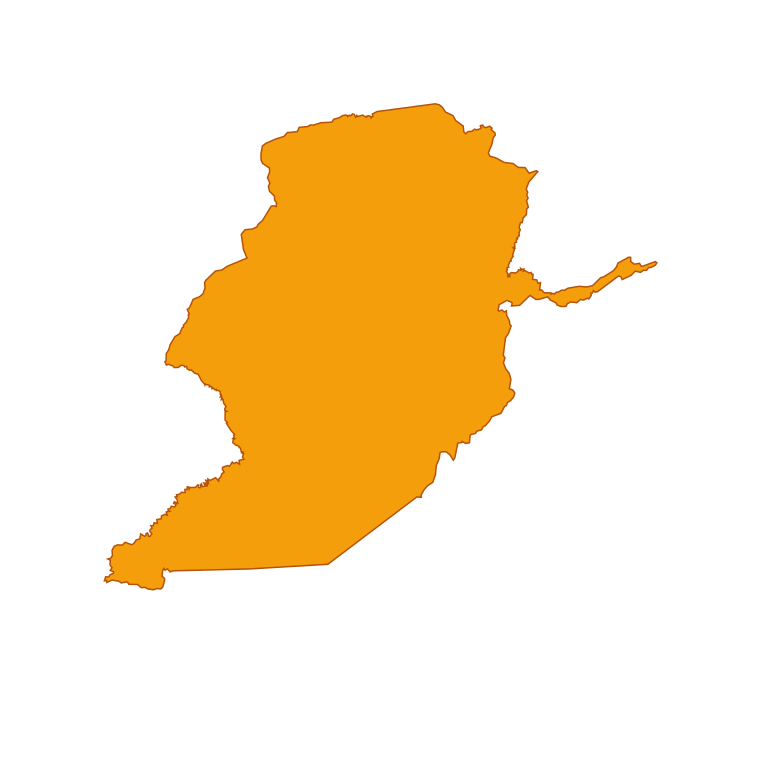 Chama, Muchinga, Zambia, rotated 20°
{"feature_id": "96606910B17560798529879", "entity_name": "Chama", "entity_type": "district", "adm_level": 2, "iso_a3": "ZMB", "parent_name": "Zambia", "parent_adm1": "Muchinga", "projection": "orthographic", "projection_center": [32.797, -11.274], "detail": "fine", "context": "isolated", "style": "filled", "palette": "amber", "viewbox_px": 768, "rotation_deg": 20, "n_neighbors": 0, "source": "geoboundaries", "source_scale": "gbopen_adm2", "svg_char_len": 6158}
<svg xmlns="http://www.w3.org/2000/svg" viewBox="0 0 768 768"><g transform="rotate(20 384 384)"><path d="M391.8,108.4L389.1,108.1L388.4,106.9L386.8,107.7L386.2,108.7L387.6,110.0L386.9,111.6L383.8,113.6L381.8,113.6L380.3,116.4L376.7,118.0L375.1,120.9L372.7,119.7L370.2,114.5L361.4,112.0L356.9,108.2L348.7,107.4L344.5,104.2L340.5,102.7L336.3,103.2L284.2,130.4L280.7,134.4L282.1,136.5L280.9,137.3L281.1,138.9L280.0,137.2L278.4,137.0L276.4,137.9L276.3,139.4L272.0,138.6L267.7,141.7L266.6,140.9L266.1,143.0L263.9,140.9L262.0,141.0L261.0,143.4L259.4,143.3L258.3,145.1L257.7,144.2L255.9,144.4L253.2,146.0L250.8,149.2L246.3,152.3L245.4,155.8L235.5,160.0L228.9,165.0L226.1,165.8L224.4,168.1L216.5,171.9L216.3,176.4L207.1,180.9L205.4,185.5L198.0,191.2L190.5,198.5L188.3,202.1L189.7,209.8L191.9,215.6L194.5,218.2L202.6,220.3L204.1,224.4L203.9,229.9L208.0,234.2L207.8,237.9L210.6,242.1L216.8,244.9L218.3,248.6L221.1,250.5L222.0,254.1L220.4,254.1L218.2,254.8L217.2,255.5L213.9,272.0L211.2,276.8L210.9,279.7L207.4,283.4L200.7,286.5L198.7,292.2L206.0,305.8L212.2,312.5L196.4,327.0L192.6,332.3L187.0,335.5L181.1,347.4L180.7,349.8L183.0,355.1L183.0,361.3L180.8,365.1L175.7,369.7L175.1,379.0L173.6,381.2L177.0,384.8L176.4,385.8L177.7,388.4L177.0,393.7L175.4,397.1L176.1,399.3L175.1,400.2L174.8,406.7L171.4,410.9L169.6,420.2L170.0,425.5L169.0,430.0L171.3,436.6L170.5,438.0L173.0,440.6L174.9,439.2L179.5,439.2L181.3,440.3L185.2,438.7L186.9,435.7L190.2,435.2L190.9,436.1L192.5,435.1L193.7,437.0L196.7,437.6L197.9,436.6L202.3,438.6L206.1,438.4L211.0,443.0L215.4,445.5L216.1,445.1L216.4,446.3L217.0,445.3L220.6,444.9L220.7,446.4L222.8,445.5L224.1,447.3L224.7,446.2L226.9,447.2L228.2,446.4L228.6,447.5L230.8,446.7L232.7,447.3L233.8,449.8L234.7,449.8L234.6,452.1L235.7,451.4L235.9,452.6L236.9,452.7L236.5,454.4L238.1,453.7L240.0,457.0L243.2,459.1L242.8,461.5L243.4,463.1L245.4,463.5L244.1,464.1L247.0,472.3L250.0,473.7L249.3,474.8L255.8,479.8L260.8,482.5L260.2,483.5L261.4,485.2L260.6,486.9L262.5,486.5L261.4,488.2L262.0,490.8L266.0,492.2L268.7,491.9L269.7,493.3L271.1,493.3L273.0,496.5L274.8,496.3L274.1,497.4L275.7,497.4L276.0,501.0L278.1,502.7L273.9,505.3L275.7,508.8L272.1,508.0L270.0,510.2L268.1,509.2L267.0,514.2L264.8,514.2L260.8,517.5L261.2,519.4L263.9,521.4L262.2,524.0L262.5,526.9L261.3,529.4L261.8,531.8L257.8,529.6L253.6,534.1L251.0,533.5L253.1,537.5L252.0,537.4L251.0,535.3L249.5,535.4L251.7,538.0L248.4,538.7L250.0,540.1L252.6,539.3L252.7,540.2L248.5,542.5L246.5,540.3L245.9,541.6L247.1,543.2L246.6,544.6L245.1,544.5L244.3,542.5L243.4,542.6L242.3,545.6L237.1,547.6L236.9,549.5L235.7,547.6L234.3,547.9L234.9,550.6L233.0,551.1L234.1,554.1L230.7,555.0L229.6,557.5L226.9,559.1L228.3,560.6L226.4,561.6L229.2,563.5L231.0,566.7L227.2,566.4L227.2,568.2L229.7,568.3L229.8,569.8L229.3,571.1L225.9,571.6L225.6,574.4L223.8,575.4L224.3,576.5L226.1,576.8L223.1,578.8L225.2,581.5L222.6,581.4L220.0,584.1L220.8,586.8L216.9,589.1L218.7,592.5L215.4,593.0L215.7,596.0L213.4,596.8L215.4,598.9L214.0,600.9L214.2,602.3L217.1,604.2L216.2,607.1L215.1,607.7L212.8,604.9L211.6,605.8L212.2,607.7L211.3,608.9L206.7,608.1L207.4,613.0L204.3,615.6L203.6,619.1L202.0,621.3L194.8,621.3L193.2,624.9L188.6,626.3L186.0,628.7L185.3,633.1L187.5,638.3L186.6,641.3L184.4,642.9L187.1,643.2L188.4,647.8L191.2,649.6L190.5,652.8L194.0,652.9L194.5,654.4L191.9,656.9L191.2,659.5L188.4,660.4L188.6,664.6L190.5,663.5L191.4,665.3L195.4,661.3L202.3,660.0L205.2,660.8L209.5,658.1L211.0,658.0L212.7,659.5L221.0,656.7L225.6,658.4L229.2,656.8L231.8,657.4L237.8,656.2L240.6,653.9L244.3,653.0L245.5,650.8L245.0,643.6L244.2,641.6L241.2,640.6L239.8,634.9L240.3,632.6L241.8,633.9L243.6,631.9L247.3,633.7L249.9,631.6L320.1,604.1L392.9,572.6L453.5,478.9L458.4,477.6L457.3,477.4L456.9,475.5L457.8,469.7L459.8,464.6L463.5,459.7L463.3,451.2L461.0,442.8L461.4,435.4L460.2,429.5L461.2,428.0L465.7,426.4L470.5,428.2L475.2,431.9L475.8,429.4L473.6,414.3L477.2,412.3L477.0,411.3L481.1,411.9L484.4,410.0L482.5,403.0L483.1,401.5L486.7,399.3L487.5,396.4L491.3,393.8L491.9,389.8L493.5,388.6L495.7,382.9L496.5,377.9L503.9,371.5L505.0,363.7L506.4,362.4L506.3,359.1L508.7,356.4L510.2,351.8L510.0,347.7L507.1,345.6L503.4,345.6L501.7,336.2L497.9,331.1L493.4,328.2L489.0,323.3L488.8,318.2L486.3,316.2L482.4,299.2L483.7,293.7L483.6,285.8L481.9,285.1L480.3,281.8L475.9,277.6L473.9,273.4L472.4,275.2L469.5,274.1L467.1,276.2L466.1,276.0L465.0,270.2L470.9,263.4L475.9,263.6L477.0,264.6L477.1,267.1L484.5,263.7L490.9,250.8L497.5,252.6L500.5,251.6L508.0,246.1L511.5,248.2L517.9,248.9L519.6,250.5L523.8,250.7L528.5,248.8L528.8,245.8L531.5,243.0L537.3,241.7L539.7,237.4L542.7,236.9L545.9,233.8L547.3,234.1L548.5,230.0L547.3,228.0L548.7,227.2L548.9,224.6L550.7,225.5L552.9,224.5L567.4,202.3L569.7,202.1L572.1,204.4L578.9,197.5L581.5,192.1L586.9,191.3L589.0,188.3L591.9,187.4L592.8,184.1L594.7,183.4L598.2,179.8L599.0,176.8L597.0,176.2L587.1,184.6L585.3,185.4L582.9,183.2L578.2,185.8L574.0,184.5L572.5,180.7L570.7,181.0L562.5,190.4L562.4,194.5L560.8,199.1L553.7,208.3L551.3,209.9L546.3,220.3L541.0,223.6L534.1,225.4L524.2,231.0L521.5,234.2L518.7,235.1L516.6,237.9L514.5,238.8L513.4,241.2L511.8,241.0L510.2,242.4L509.7,241.2L503.5,243.5L499.7,241.7L498.0,242.3L496.4,235.2L494.2,236.8L492.0,233.9L487.8,234.8L486.6,230.0L485.3,230.3L484.1,228.9L482.5,230.0L477.3,229.2L476.3,230.2L476.2,228.1L474.2,229.2L472.9,228.7L473.7,230.3L471.4,230.6L471.4,232.4L469.6,234.7L465.4,235.8L463.9,238.6L465.4,239.3L465.4,240.3L463.5,240.8L463.1,238.6L460.4,236.1L460.9,234.7L459.8,233.0L461.3,231.5L460.4,230.4L460.3,226.2L461.5,224.8L460.6,224.0L461.7,219.7L460.9,219.7L460.5,212.9L459.4,212.3L460.3,211.7L458.9,211.4L460.2,210.8L458.5,206.9L460.0,205.3L459.2,204.0L459.8,201.7L458.8,201.4L460.5,198.3L459.2,196.2L459.3,192.5L457.3,190.6L457.1,185.6L458.6,185.2L458.0,180.2L459.9,176.2L458.2,170.7L459.2,168.5L455.3,163.1L455.8,159.9L453.4,157.6L453.5,154.6L451.3,152.6L450.9,150.7L451.0,144.6L455.9,131.8L454.1,131.5L448.2,136.3L442.6,132.4L435.8,134.6L429.8,132.7L421.1,134.7L412.3,133.3L405.5,133.7L403.0,131.1L403.4,121.3L402.4,115.6L403.4,112.0L402.4,110.1L397.7,108.3L398.0,106.7L395.2,105.6L391.8,108.4Z" fill="#f59e0b" stroke="#b45309" stroke-width="1.5"/></g></svg>